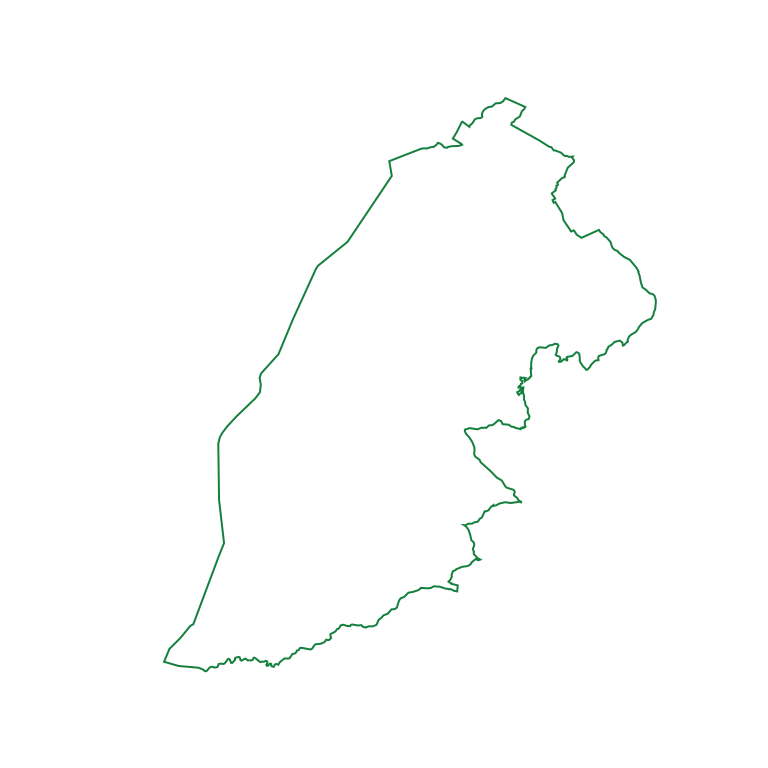 the district of Budesti, Vâlcea, Romania, rotated 345°
{"feature_id": "2599482B58071086432896", "entity_name": "Budesti", "entity_type": "district", "adm_level": 2, "iso_a3": "ROU", "parent_name": "Romania", "parent_adm1": "Vâlcea", "projection": "albers", "projection_center": [24.395, 45.044], "detail": "fine", "context": "isolated", "style": "outline", "palette": "green", "viewbox_px": 768, "rotation_deg": 345, "n_neighbors": 0, "source": "geoboundaries", "source_scale": "gbopen_adm2", "svg_char_len": 6165}
<svg xmlns="http://www.w3.org/2000/svg" viewBox="0 0 768 768"><g transform="rotate(345 384 384)"><path d="M310.3,615.2L314.2,614.8L318.0,610.3L321.1,609.1L323.5,607.4L328.3,606.8L332.9,603.6L336.0,604.2L338.5,603.4L342.3,597.4L343.2,596.4L344.8,595.3L348.4,594.9L353.5,591.9L357.8,592.3L362.5,592.1L364.8,591.7L366.8,590.5L373.7,592.8L376.8,593.1L379.6,592.3L385.3,594.2L390.6,597.6L393.2,598.6L393.8,599.2L394.9,599.2L398.5,602.1L401.0,603.3L403.1,597.6L397.4,594.5L397.6,594.0L396.5,593.3L395.2,591.6L397.1,590.5L399.7,587.6L399.9,585.8L402.2,582.6L405.0,582.3L405.6,581.7L412.2,580.8L417.6,581.5L419.9,581.0L421.8,580.0L422.2,579.1L427.8,576.6L428.8,578.3L429.5,578.7L431.5,578.5L429.0,576.1L428.3,574.3L426.8,571.7L426.7,571.0L427.5,569.4L427.0,566.6L429.5,563.0L429.7,561.1L429.6,559.8L427.9,557.5L428.2,553.0L428.0,547.1L426.4,542.8L424.8,541.1L426.1,541.5L429.3,540.8L433.0,541.7L435.5,541.0L438.9,541.3L441.9,538.8L444.0,538.3L448.3,533.0L449.0,533.4L452.1,533.1L455.5,530.4L457.6,529.6L457.3,530.1L461.0,530.2L464.9,529.3L470.5,529.6L475.8,531.8L484.6,532.8L486.2,534.4L485.8,533.1L483.9,531.2L482.9,528.1L480.7,525.3L481.0,524.3L482.3,522.4L482.2,520.6L481.4,519.5L476.0,516.1L474.8,514.6L472.8,507.7L468.7,503.5L464.7,496.3L457.0,484.4L456.8,482.3L456.5,481.7L453.4,477.8L453.0,476.4L453.0,474.8L454.2,471.8L454.9,468.7L454.3,463.2L452.7,457.9L450.3,453.1L449.9,450.6L450.3,449.0L455.4,448.8L462.6,452.0L467.2,451.4L468.3,452.1L470.2,452.2L471.3,452.9L474.7,451.2L477.7,451.7L479.6,451.3L485.3,448.5L487.5,450.1L488.2,453.5L494.0,455.6L495.8,458.0L498.1,459.0L499.7,460.4L504.3,463.0L505.3,461.8L506.4,462.5L507.2,461.7L508.0,462.5L509.7,461.8L509.4,460.8L509.8,458.3L510.7,456.1L512.6,455.3L514.7,455.3L516.2,452.8L515.4,449.1L516.7,444.8L515.2,441.0L515.6,437.9L515.2,434.9L516.2,432.1L516.1,427.7L517.8,423.3L517.1,423.1L516.1,425.2L515.0,426.5L514.7,427.4L515.1,429.2L514.7,428.6L513.6,428.4L512.3,428.7L511.4,429.5L511.0,429.0L510.5,426.4L512.9,425.8L515.5,423.5L514.9,422.5L513.0,422.3L513.4,421.2L515.6,420.6L516.3,419.3L517.8,419.1L518.3,416.7L516.9,415.6L517.4,413.0L518.0,413.0L518.9,414.0L520.5,414.0L522.2,414.9L521.5,415.3L520.6,416.7L520.7,417.9L522.3,416.9L524.0,417.0L524.9,416.2L526.2,416.0L526.3,415.5L527.2,414.7L528.3,414.5L529.2,409.2L529.8,408.4L529.4,407.6L530.4,407.0L530.1,406.7L530.6,406.1L530.4,405.3L531.1,404.2L531.3,402.6L533.4,397.8L535.6,395.2L539.3,393.1L539.9,390.7L541.1,389.3L543.8,388.7L549.6,391.0L553.5,389.5L556.6,389.9L559.7,389.4L562.0,390.5L562.4,391.3L562.3,392.4L560.2,394.8L559.2,397.8L557.4,400.3L557.8,401.0L560.6,403.1L561.0,404.0L560.7,405.8L558.6,407.4L558.9,408.0L560.8,408.3L564.2,406.6L565.3,407.0L566.5,408.5L567.0,408.6L567.4,408.1L567.3,405.6L567.7,405.2L573.3,405.7L577.9,403.1L578.6,403.2L579.9,404.4L580.4,405.4L579.9,409.6L579.1,411.8L579.3,413.9L580.8,418.5L582.6,421.3L582.9,422.6L584.1,422.8L587.1,421.0L589.2,418.9L593.3,416.5L594.7,416.1L597.3,416.5L597.8,413.8L598.8,412.5L604.2,412.3L605.9,411.8L607.6,409.8L607.7,408.7L609.2,407.8L610.3,406.2L614.6,404.8L617.6,403.0L623.1,403.2L625.0,405.8L624.7,408.7L625.7,408.7L628.8,406.8L630.6,406.1L630.5,404.8L632.7,401.9L635.1,400.4L640.6,398.9L643.8,396.5L644.8,395.1L649.1,392.1L654.8,390.5L659.1,390.1L662.1,387.0L663.1,384.8L665.3,381.9L667.9,374.9L668.3,372.4L668.1,368.6L666.9,366.8L663.8,365.0L661.5,361.0L658.7,357.6L658.4,352.6L658.9,345.8L658.6,341.6L659.0,341.3L658.0,337.2L653.6,327.6L648.8,323.4L645.0,318.3L643.8,315.7L642.0,314.6L640.6,312.9L639.8,310.8L639.5,305.2L636.7,299.8L635.1,298.3L634.5,296.0L632.4,293.5L631.5,290.8L612.6,293.9L608.8,289.7L607.3,285.1L606.8,284.7L604.4,285.2L603.8,284.7L603.8,283.8L599.8,272.2L600.3,265.1L596.5,252.4L594.8,252.8L594.4,250.0L597.3,249.2L597.1,248.1L595.3,243.7L595.7,243.1L600.1,241.4L600.0,240.1L601.6,239.0L601.8,237.1L603.6,236.6L603.4,234.3L609.0,231.3L611.1,230.9L611.9,231.1L612.3,230.7L612.2,229.7L617.5,222.6L624.6,219.0L625.5,217.1L624.3,214.2L625.3,213.2L621.4,212.5L619.9,211.1L618.2,210.8L616.8,209.5L614.8,206.3L609.8,202.7L608.4,202.3L607.0,198.7L604.9,197.5L597.6,189.5L574.1,166.7L574.8,165.0L575.5,164.4L577.5,164.2L579.2,162.4L584.5,160.7L587.9,156.1L590.4,154.9L592.2,153.0L575.3,139.3L572.1,141.8L569.0,142.7L564.4,141.8L560.3,143.9L556.4,143.6L552.9,144.5L550.7,145.8L549.0,147.7L548.4,148.9L548.0,151.6L545.7,152.1L543.0,151.4L540.3,151.9L536.7,155.1L533.7,156.5L533.0,157.7L527.7,150.9L527.2,150.9L519.0,160.0L514.0,164.8L520.9,172.1L521.4,173.1L520.9,173.3L517.3,173.3L510.9,171.8L506.9,171.6L506.0,172.1L503.9,171.3L503.1,170.8L502.4,168.8L501.0,166.8L498.6,165.0L496.4,166.6L493.5,167.8L489.4,167.3L486.9,167.7L482.6,166.5L480.6,166.4L446.8,170.1L445.4,185.0L385.5,237.3L351.0,252.6L348.3,254.9L312.9,297.8L289.8,327.9L268.0,342.0L265.5,345.7L264.8,352.8L262.1,359.8L255.9,364.6L233.7,376.8L221.5,384.4L215.0,389.5L211.7,392.9L208.5,398.7L194.7,453.1L188.3,496.3L179.6,507.9L137.7,566.6L134.2,567.6L121.8,576.5L108.2,584.3L99.7,595.4L112.8,603.3L131.1,609.9L135.1,612.7L136.3,614.6L137.6,615.4L138.6,615.2L142.5,612.6L144.9,612.6L147.0,614.1L149.9,614.3L151.8,611.7L154.2,611.9L156.1,612.8L157.8,612.7L162.3,609.2L163.0,609.3L163.7,610.2L164.2,613.9L165.3,614.1L168.6,612.0L169.1,610.5L169.6,610.0L173.1,610.0L173.9,610.7L173.9,613.5L174.6,614.3L178.6,613.4L179.4,613.6L180.8,615.7L184.9,616.7L185.8,616.5L186.7,615.1L187.7,614.7L188.5,615.2L192.6,620.7L194.4,620.6L196.0,621.2L198.1,620.8L199.0,621.3L199.4,622.1L199.3,622.8L197.6,624.9L197.9,625.8L199.1,626.1L200.9,624.7L202.1,624.8L202.6,625.2L202.2,626.4L202.3,627.4L204.1,628.7L204.8,628.3L205.7,626.8L206.5,626.6L207.7,626.6L209.3,627.8L211.4,625.7L216.9,623.3L219.8,624.3L221.8,624.5L225.6,621.1L228.7,621.2L230.2,620.0L230.8,618.9L232.7,619.0L234.2,617.4L235.9,617.4L244.5,621.5L246.3,620.9L249.1,618.3L251.3,617.6L253.5,618.3L256.0,618.5L259.3,618.0L260.7,617.3L261.9,616.0L263.6,616.9L264.8,617.0L267.2,615.7L267.1,612.8L267.7,611.7L273.0,610.5L275.2,608.6L276.3,608.7L277.6,608.0L279.8,605.9L282.4,606.0L285.8,608.2L288.7,609.1L289.7,608.1L291.1,608.1L296.3,610.5L299.8,611.1L300.8,613.2L302.1,613.7L303.0,614.5L306.7,614.1L310.3,615.2Z" fill="none" stroke="#15803d" stroke-width="2"/></g></svg>